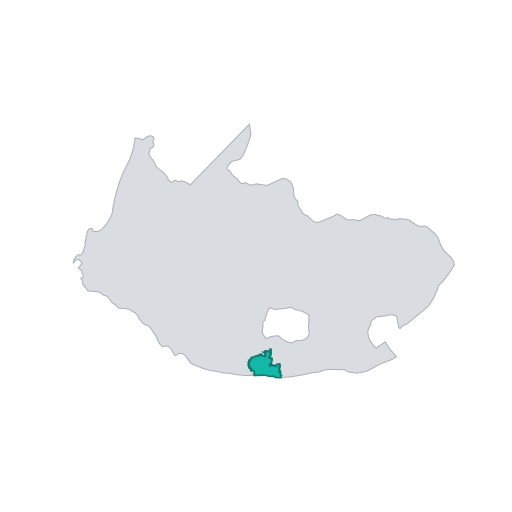 O.R.Tambo, Eastern Cape, South Africa shown in context, rotated 49°
{"feature_id": "47623444B2401151093158", "entity_name": "O.R.Tambo", "entity_type": "district", "adm_level": 2, "iso_a3": "ZAF", "parent_name": "South Africa", "parent_adm1": "Eastern Cape", "projection": "albers", "projection_center": [29.004, -31.416], "detail": "fine", "context": "in_parent", "style": "filled", "palette": "teal", "viewbox_px": 512, "rotation_deg": 49, "n_neighbors": 0, "source": "geoboundaries", "source_scale": "gbopen_adm2", "svg_char_len": 9207}
<svg xmlns="http://www.w3.org/2000/svg" viewBox="0 0 512 512"><g transform="rotate(49 256 256)"><path d="M346.3,107.7L357.9,106.2L363.1,107.1L369.4,109.6L375.2,110.5L385.1,109.8L388.5,110.2L391.2,111.2L393.2,112.5L395.8,122.3L398.0,132.8L397.9,136.2L398.2,137.5L400.9,141.9L401.8,144.7L403.4,147.0L406.7,158.3L407.0,160.2L406.3,187.3L404.8,190.5L405.3,194.8L403.7,195.3L394.2,189.6L392.5,189.8L389.8,191.8L387.3,194.9L386.1,197.6L381.1,204.8L380.7,209.5L381.1,213.4L382.6,213.6L383.7,216.5L386.2,221.1L390.6,224.1L394.6,225.5L400.2,226.0L404.7,226.0L404.5,222.9L405.7,214.7L413.2,216.0L424.2,216.0L423.3,221.3L418.9,233.4L415.9,247.1L412.5,253.9L410.5,256.7L405.1,261.6L402.3,263.2L400.0,263.7L390.8,273.8L387.3,278.6L384.2,285.8L381.2,289.7L376.8,298.0L369.1,310.4L362.7,318.5L359.9,320.8L358.0,321.9L353.0,326.6L346.0,334.2L340.6,341.0L332.7,348.7L328.1,352.1L321.3,358.8L319.4,359.8L311.7,366.0L306.2,369.8L297.3,374.3L293.8,375.6L285.3,374.7L281.7,375.4L278.8,378.1L278.7,381.9L277.5,382.5L269.6,381.0L266.4,381.4L264.6,383.5L263.2,386.0L258.7,386.4L250.7,384.1L241.3,382.9L239.1,382.8L234.7,385.0L233.1,385.4L226.5,385.3L222.8,384.3L219.3,384.5L216.7,385.7L213.4,386.2L205.1,393.8L200.6,394.1L196.8,395.2L189.8,394.7L187.8,395.3L185.8,396.7L181.2,397.6L179.4,398.8L172.0,405.8L168.7,405.4L164.6,405.7L159.7,402.7L157.9,403.1L158.3,402.0L158.3,400.2L156.5,398.5L154.7,398.7L153.6,397.3L150.8,397.4L148.5,398.1L147.5,392.2L146.4,391.7L143.5,391.9L142.2,392.2L141.6,392.8L141.0,394.2L141.4,398.4L140.3,397.3L138.9,394.9L138.3,392.3L138.4,389.1L140.4,387.7L139.4,383.9L135.5,377.4L133.3,376.1L131.4,372.8L129.7,371.6L128.7,369.3L127.0,367.5L126.1,364.4L126.8,362.6L128.1,361.4L129.6,362.8L131.3,362.1L133.5,359.6L134.6,356.0L134.2,350.6L133.5,347.2L130.7,338.6L129.5,336.7L124.5,330.9L118.5,323.0L110.5,310.4L106.5,302.8L99.9,287.2L94.7,278.6L88.5,270.7L87.8,270.2L88.4,269.1L91.0,266.8L92.3,266.2L93.0,266.3L93.6,265.7L94.1,264.3L94.2,261.3L95.2,258.0L96.2,256.5L98.6,255.3L100.7,256.3L101.6,257.4L102.1,258.9L103.0,259.5L104.3,259.3L105.4,260.2L106.1,262.0L106.2,263.4L105.5,264.4L105.7,265.5L106.9,266.8L108.3,269.9L113.5,270.9L116.4,270.8L119.2,271.4L121.9,272.5L126.2,272.4L132.0,271.1L136.9,271.0L140.8,272.0L143.5,272.0L145.2,271.0L145.8,269.7L145.4,268.1L146.2,267.0L148.1,266.4L149.5,265.0L150.5,262.9L153.0,261.1L157.1,259.4L159.2,259.3L152.2,174.5L160.4,179.7L162.4,182.3L166.8,189.9L171.4,199.4L172.4,204.1L172.3,205.1L168.9,211.9L169.0,215.1L169.7,218.7L170.7,220.5L171.9,221.1L174.6,219.9L178.8,220.6L186.7,219.6L190.7,219.8L191.7,219.5L192.5,218.6L193.4,216.3L194.3,215.5L198.0,214.3L199.5,212.9L201.9,208.3L209.5,201.9L210.3,200.5L214.5,186.0L215.9,183.9L218.1,182.4L222.4,181.2L225.0,181.6L227.9,182.7L231.1,184.6L236.0,188.2L237.6,188.7L242.3,188.7L245.3,191.1L254.2,192.5L256.7,192.3L259.4,190.8L263.9,190.7L268.7,189.6L271.6,187.0L276.8,171.3L277.3,167.9L277.9,166.9L282.5,165.0L288.1,163.6L289.3,162.8L292.7,158.4L297.3,154.8L300.3,142.3L302.4,139.4L303.6,138.1L304.5,138.1L305.7,137.3L307.2,135.8L309.0,134.8L311.2,134.4L312.5,133.4L313.1,131.7L314.2,130.9L315.8,130.9L316.7,130.4L316.9,129.3L320.4,126.6L320.5,125.5L322.4,122.9L326.4,118.8L330.1,116.4L333.6,115.9L340.0,113.8L342.3,111.8L343.8,109.1L346.3,107.7ZM336.1,290.7L341.5,288.6L345.4,285.8L346.3,280.8L349.4,277.6L350.5,274.8L351.4,270.8L349.6,266.6L347.1,265.3L342.5,261.7L340.5,259.3L337.8,257.2L335.8,254.8L332.7,255.6L327.8,257.6L324.8,259.5L322.3,261.6L317.7,263.2L313.6,270.2L312.2,271.7L309.0,276.8L304.2,279.4L304.1,280.2L305.8,284.3L308.1,288.3L310.4,291.6L310.4,293.7L311.2,295.3L313.2,296.4L316.8,300.5L318.5,301.8L323.8,302.7L324.6,302.4L326.0,300.0L326.2,298.2L329.7,292.8L331.3,291.2L336.1,290.7Z" fill="#d9dde1" stroke="#a8b0b8" stroke-width="1"/><path d="M336.3,305.7L336.0,305.8L335.6,306.4L336.0,306.4L336.1,306.5L335.9,306.7L336.4,307.2L336.1,307.4L336.5,308.2L336.5,308.9L336.7,309.2L336.3,309.1L335.1,309.3L335.0,309.8L335.3,310.2L335.0,310.8L334.5,310.8L334.5,311.2L334.7,311.3L334.0,312.1L334.3,312.2L333.6,312.1L333.4,311.7L333.3,311.9L333.4,312.3L333.9,312.6L333.8,312.9L333.9,313.0L334.0,313.3L333.8,313.5L334.2,313.4L334.3,313.0L334.7,312.9L334.7,313.4L335.1,313.4L335.0,313.2L335.4,313.4L335.5,313.0L335.7,313.3L336.0,313.2L336.2,313.4L336.4,313.2L336.6,313.4L336.6,313.6L337.4,313.7L337.5,313.9L337.4,314.0L337.0,314.1L336.8,314.8L337.3,314.8L337.2,315.1L337.4,315.5L337.1,315.6L336.9,315.2L336.6,315.5L336.5,315.8L336.0,316.1L335.9,316.4L335.7,316.5L335.2,316.3L335.2,316.5L334.9,316.4L334.6,316.3L334.7,316.5L334.5,316.4L334.3,316.6L334.2,316.6L333.8,316.6L333.8,316.8L333.5,316.8L333.2,317.3L333.0,317.2L332.9,317.5L332.9,317.9L332.6,318.0L333.0,318.5L333.5,318.5L333.5,319.0L333.2,319.6L332.9,319.8L332.8,320.0L332.4,319.9L332.5,320.2L332.2,320.3L332.1,320.7L331.7,320.9L331.6,321.8L331.4,322.1L331.1,322.1L330.9,322.6L331.1,323.1L331.0,323.5L331.2,323.9L330.9,324.4L330.7,324.3L330.0,324.7L329.8,325.5L330.1,325.7L329.9,325.8L329.9,326.1L329.7,326.1L330.0,326.2L330.0,326.4L329.8,326.4L329.9,326.6L329.7,326.7L329.9,327.0L330.2,327.1L330.2,327.4L330.5,327.6L330.3,327.9L330.5,328.0L330.8,328.3L330.4,328.5L330.6,328.7L330.6,329.1L330.1,329.3L330.4,329.7L330.7,329.8L330.4,330.0L330.7,330.1L330.9,330.6L331.0,330.4L331.3,330.4L331.2,330.8L331.3,330.9L331.6,330.7L332.0,331.0L331.8,331.4L332.2,331.2L332.2,331.6L332.5,331.8L332.5,332.3L332.8,332.4L333.1,332.1L333.2,332.3L333.1,332.6L333.9,332.6L333.8,333.1L333.2,333.1L332.9,333.5L333.1,333.6L333.4,333.5L334.1,333.5L334.2,333.4L334.0,333.2L334.5,333.9L334.1,333.7L334.0,333.9L334.1,334.0L334.5,334.0L334.8,333.7L335.4,334.2L335.4,333.9L335.2,333.5L335.3,333.4L335.8,333.8L335.8,334.0L335.6,334.0L336.0,334.0L336.1,334.3L335.7,334.2L335.6,334.5L336.5,334.7L337.1,334.1L336.8,334.1L336.7,334.0L337.1,333.7L336.8,333.7L336.8,333.4L337.2,333.2L337.5,333.2L337.4,333.8L337.6,333.7L337.7,333.9L337.5,334.1L337.8,334.3L338.2,334.4L338.5,334.6L338.5,335.0L339.2,335.2L339.3,335.2L339.6,334.6L339.3,334.4L339.7,334.5L339.6,334.2L339.9,334.3L340.0,334.2L340.1,334.4L340.1,334.1L340.3,334.2L340.1,334.1L340.2,333.8L340.5,333.8L340.5,333.6L340.8,333.2L341.1,333.4L341.3,333.1L341.8,333.0L342.0,332.9L342.6,333.3L342.9,333.9L343.1,333.8L343.8,334.5L344.0,334.5L344.3,335.0L344.2,335.1L344.8,335.0L344.8,335.3L345.1,335.2L345.3,335.5L345.7,335.0L345.7,334.9L346.0,334.6L346.2,334.1L346.5,333.9L346.5,333.7L347.1,333.0L347.7,332.9L347.7,332.6L348.2,331.9L348.3,331.7L348.6,331.4L348.7,331.0L349.8,329.8L350.3,329.6L350.3,329.4L350.5,329.1L350.5,328.6L351.4,328.0L351.4,327.6L351.9,327.1L352.6,326.7L353.2,326.5L353.5,326.2L354.2,325.9L354.4,325.7L355.3,325.0L355.9,324.6L356.1,324.1L356.8,323.7L357.1,323.2L357.8,322.5L357.7,322.2L358.0,322.1L358.0,321.8L358.6,321.5L358.7,321.3L360.0,321.3L360.5,321.0L360.8,320.5L361.4,320.1L361.4,319.9L362.5,319.0L362.7,318.6L363.2,318.2L363.6,317.8L363.5,317.7L364.2,317.0L364.3,316.8L364.1,316.6L363.7,316.4L363.4,316.2L362.8,315.9L362.6,315.9L362.3,315.6L362.4,315.3L362.2,315.4L362.2,315.2L361.6,315.1L361.6,314.9L361.5,315.2L361.2,315.0L361.1,314.8L360.7,314.8L360.8,314.7L360.6,314.6L360.6,314.4L360.1,314.4L360.3,314.3L360.3,314.1L360.0,314.1L359.9,314.0L359.7,314.1L359.5,314.3L359.3,313.7L359.2,313.9L359.0,314.0L358.9,313.8L358.6,313.8L358.8,314.0L358.7,314.1L358.3,314.0L358.3,313.8L358.1,314.0L358.1,313.6L357.9,313.0L357.4,312.7L357.4,312.9L357.2,313.0L357.0,312.4L355.9,312.4L355.8,312.0L355.1,311.8L355.3,311.4L355.1,311.4L354.9,310.8L355.6,310.7L355.0,310.1L354.6,309.9L354.5,309.7L354.2,309.6L354.1,309.4L354.0,309.5L353.8,309.4L354.0,309.3L353.6,309.4L353.3,309.1L353.2,309.3L353.1,309.2L352.9,308.9L352.5,309.3L352.7,309.8L352.6,310.0L352.2,310.2L352.1,310.5L351.7,310.7L351.8,310.9L351.5,311.0L351.7,311.4L352.0,311.4L351.9,311.9L352.1,312.1L351.4,312.9L351.6,312.9L351.6,312.7L352.2,312.8L352.2,313.4L351.9,313.2L351.7,313.3L351.7,313.1L351.3,313.5L351.0,313.5L350.8,313.9L350.5,313.9L350.5,314.1L350.9,314.2L350.9,314.3L350.5,314.5L350.3,314.8L350.0,314.6L349.9,314.6L349.7,315.1L349.4,315.2L349.2,315.2L349.0,315.6L349.1,316.0L348.8,316.0L348.5,315.4L348.4,315.5L348.3,315.8L348.5,316.1L348.5,316.4L347.9,317.5L348.1,317.6L348.0,317.9L347.5,317.8L347.3,317.3L347.2,317.1L346.8,316.9L346.8,316.2L347.0,316.2L347.0,315.8L347.3,316.0L347.5,315.3L347.2,315.7L347.2,315.4L347.5,315.2L347.6,314.9L347.4,314.8L346.8,314.8L346.2,314.5L346.3,314.2L346.1,313.1L345.9,312.9L345.5,312.8L345.4,312.5L344.9,312.2L344.7,311.9L344.8,311.8L344.4,311.4L344.3,311.1L343.8,311.0L343.7,311.1L343.8,311.4L343.5,311.4L343.4,311.6L343.1,311.5L343.1,312.2L342.7,312.4L342.6,312.6L342.7,312.3L342.4,311.9L342.1,312.2L342.3,312.3L342.2,312.6L342.0,312.2L341.9,312.2L341.7,312.3L341.9,312.5L341.6,312.7L340.9,312.2L340.5,312.2L340.7,311.9L341.0,312.1L340.9,311.7L341.2,311.8L340.9,311.2L341.0,311.0L340.9,310.7L340.7,310.7L340.5,310.2L340.8,310.2L340.8,309.8L340.2,309.6L340.1,310.1L339.9,309.9L339.7,309.9L339.9,309.2L339.7,309.1L339.7,308.9L339.3,308.7L339.5,308.4L339.3,308.2L338.9,308.2L338.7,308.4L338.6,307.8L338.5,307.7L338.3,307.9L338.2,307.6L338.1,307.3L337.3,307.0L337.1,307.1L337.2,306.7L336.8,306.7L336.5,306.4L336.5,306.2L336.5,305.8L336.3,305.7Z" fill="#14b8a6" stroke="#0f766e" stroke-width="1.5"/></g></svg>